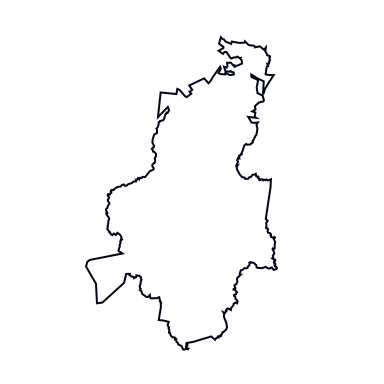 Mezquital, Durango, Mexico, rotated 8°
{"feature_id": "50627088B27978292872391", "entity_name": "Mezquital", "entity_type": "district", "adm_level": 2, "iso_a3": "MEX", "parent_name": "Mexico", "parent_adm1": "Durango", "projection": "robinson", "projection_center": [-104.475, 23.057], "detail": "fine", "context": "isolated", "style": "outline", "palette": "ink", "viewbox_px": 384, "rotation_deg": 8, "n_neighbors": 0, "source": "geoboundaries", "source_scale": "gbopen_adm2", "svg_char_len": 6054}
<svg xmlns="http://www.w3.org/2000/svg" viewBox="0 0 384 384"><g transform="rotate(8 192 192)"><path d="M251.8,75.2L256.6,64.8L252.1,65.5L248.5,65.2L248.5,58.3L248.9,57.2L249.9,56.8L248.6,54.5L250.3,54.2L250.1,53.5L250.5,52.7L250.2,51.5L250.9,50.5L250.0,48.7L250.5,47.4L249.9,46.4L248.8,46.5L247.1,45.8L246.8,44.6L245.1,42.7L245.0,38.7L243.5,41.1L238.8,38.3L234.2,40.0L233.5,38.6L227.7,38.6L223.4,35.4L223.1,36.9L217.9,37.8L210.5,37.5L210.2,39.9L204.4,38.4L202.3,36.4L200.9,36.3L199.1,34.7L198.1,41.3L203.0,44.1L203.1,45.0L198.7,48.5L203.5,50.9L204.7,48.8L206.6,48.5L211.7,54.2L212.8,54.1L214.7,52.9L216.9,52.6L218.0,51.6L220.2,52.6L221.4,52.4L221.1,53.1L222.9,54.8L223.7,57.8L216.7,62.1L216.5,60.6L215.0,60.8L212.6,58.6L208.8,59.1L209.6,62.5L209.1,64.0L206.3,63.5L208.4,67.9L211.5,67.7L213.3,66.9L213.4,67.5L216.7,67.8L217.0,69.9L213.4,70.9L209.1,69.7L208.4,69.8L208.4,71.0L203.5,71.2L201.7,70.6L203.4,66.0L202.4,64.1L196.4,75.7L195.0,79.4L193.2,82.0L188.2,77.8L174.4,86.9L178.0,90.8L175.6,93.1L177.6,94.7L173.6,98.8L171.7,98.1L165.6,92.7L163.1,91.9L162.9,97.2L147.1,97.8L147.9,122.6L156.2,111.2L157.9,114.3L156.9,117.0L155.9,116.9L155.6,118.2L154.9,118.5L154.2,123.6L153.5,124.9L150.3,126.3L150.1,127.2L149.4,127.4L149.5,129.9L149.0,132.7L148.0,134.2L148.6,134.9L149.1,138.5L146.7,140.2L145.7,145.0L145.9,148.5L148.1,151.8L148.0,153.0L147.1,153.4L146.2,155.0L147.2,155.8L147.8,157.4L149.2,157.6L151.0,159.2L151.3,161.5L150.4,163.9L151.2,166.1L151.1,167.6L150.9,168.5L150.1,168.8L148.9,170.5L149.2,172.1L150.8,173.7L150.6,175.2L147.4,177.2L143.5,183.7L140.9,183.9L140.3,185.1L139.3,185.0L138.2,185.9L138.0,186.6L137.3,185.5L136.6,185.7L135.9,187.5L134.6,187.6L135.2,189.3L132.3,189.9L131.4,191.4L127.7,193.2L126.2,194.8L124.5,195.2L123.4,194.0L121.6,194.8L120.6,196.5L117.4,197.4L114.6,199.9L114.1,201.0L112.5,201.0L111.5,201.7L111.5,202.7L112.1,202.9L112.2,204.1L111.5,204.2L110.9,206.1L109.3,205.8L108.9,206.4L109.0,207.4L110.2,208.3L110.7,209.3L109.6,211.6L110.6,213.4L111.6,214.1L111.8,215.2L110.5,217.7L110.4,219.6L109.3,220.8L109.3,221.7L111.2,224.7L110.9,225.4L110.2,225.1L110.3,225.9L113.5,229.3L113.7,230.9L113.2,232.0L113.5,236.5L113.0,237.3L113.6,238.6L113.2,240.0L113.4,240.8L114.7,241.6L115.3,243.0L116.6,243.3L116.7,244.2L117.9,245.3L119.0,245.8L120.4,244.0L122.6,245.2L123.8,242.8L126.8,244.4L128.7,247.1L128.2,248.5L129.2,248.9L127.7,250.9L128.4,252.2L127.7,254.3L128.1,255.6L127.3,260.2L127.8,260.8L131.7,262.6L100.2,273.5L98.1,275.7L97.4,280.5L109.7,296.2L113.4,315.4L118.7,313.9L137.4,291.4L138.2,282.3L141.7,281.7L141.7,282.9L142.2,282.8L143.7,284.1L146.1,284.2L146.5,285.4L148.6,284.1L148.5,282.2L151.4,282.4L153.3,283.5L153.4,284.8L154.3,285.8L153.7,287.5L153.9,290.7L153.2,292.3L154.0,294.4L154.6,294.8L153.9,296.3L155.5,297.1L157.0,299.9L161.5,302.3L163.0,302.1L164.6,299.8L165.5,302.7L166.7,303.0L172.0,302.0L174.1,300.7L174.6,301.3L174.9,302.9L175.6,303.9L175.5,304.6L176.2,304.9L176.2,305.8L176.9,306.2L176.6,307.2L177.2,309.7L176.9,323.5L180.2,323.2L187.0,323.8L186.4,327.2L187.2,328.5L188.0,329.1L187.7,330.2L188.7,331.5L188.8,334.5L189.7,334.4L191.0,337.2L192.8,338.5L195.0,338.4L195.4,338.7L195.6,340.3L196.8,339.7L197.4,342.4L199.0,343.4L199.7,345.0L203.0,345.9L205.3,349.3L206.6,349.1L207.7,348.0L209.7,348.4L210.2,347.6L209.0,347.5L208.0,345.9L207.5,345.9L207.6,345.4L208.7,344.9L208.9,344.1L208.3,343.3L207.6,343.4L207.5,342.4L214.4,340.1L231.1,332.4L235.4,335.1L236.3,333.3L236.2,333.7L236.6,333.0L237.9,332.7L237.5,332.3L237.7,331.9L238.2,332.4L238.8,331.9L238.9,330.1L239.2,330.9L240.4,331.0L240.9,330.5L240.5,329.4L241.4,328.7L241.8,326.6L242.6,326.3L244.9,323.6L245.5,321.1L244.2,316.9L241.0,311.2L240.8,309.2L241.1,308.0L240.5,307.9L239.8,306.8L240.7,307.2L242.1,306.1L242.8,304.9L242.2,304.7L242.6,303.2L243.7,302.3L246.9,303.4L246.8,301.8L248.8,298.2L248.9,296.7L250.4,295.4L252.1,296.0L252.3,293.8L251.0,292.3L250.0,291.9L249.3,289.5L248.3,289.2L247.9,288.2L249.8,287.0L249.8,286.2L250.6,285.1L248.2,282.9L246.7,282.9L246.8,282.1L248.2,281.7L248.4,281.2L247.0,279.0L247.2,278.0L248.7,277.3L248.6,276.6L249.5,274.9L248.6,271.9L249.0,270.4L251.9,267.0L250.8,267.0L250.6,266.3L251.2,262.8L252.7,262.3L254.1,260.3L256.7,259.9L257.7,259.2L257.7,258.1L259.1,256.2L259.1,255.0L258.6,254.0L259.8,253.3L261.3,253.8L262.0,253.3L263.9,254.0L264.4,254.8L265.5,255.3L266.4,256.8L266.3,257.5L267.2,258.0L271.9,257.7L275.4,255.8L277.0,256.8L279.2,257.1L281.5,255.7L283.8,257.8L286.5,256.5L286.6,255.3L285.8,254.3L284.7,254.2L284.2,253.6L284.6,252.6L284.4,251.3L284.0,251.0L283.5,251.4L282.8,249.9L283.0,249.2L284.0,248.6L283.8,247.5L282.8,247.6L280.7,246.5L281.7,245.9L280.9,243.8L282.1,241.4L281.2,239.4L279.7,237.5L279.8,236.6L281.4,236.7L281.7,236.2L281.1,231.5L281.4,230.0L279.5,227.2L280.5,225.6L279.7,225.0L278.5,225.9L276.6,225.6L276.4,224.4L275.8,224.1L276.2,223.2L276.0,222.7L274.9,221.8L273.1,221.8L272.3,220.4L272.5,218.3L271.9,217.6L270.4,217.5L270.2,216.7L270.6,215.8L269.8,212.5L270.9,210.0L268.8,208.5L269.1,176.2L268.4,168.4L266.2,169.8L265.3,169.9L264.2,169.2L263.0,170.1L262.3,169.7L260.7,170.6L260.3,169.6L258.8,169.8L258.1,170.7L257.3,170.9L256.8,170.5L256.8,169.4L255.5,168.9L255.6,168.1L255.1,168.1L255.0,167.5L253.5,167.6L252.6,165.1L251.8,166.0L249.6,166.5L248.4,168.8L246.8,169.3L245.7,171.1L242.7,171.6L242.0,170.4L239.6,170.3L236.6,167.7L233.4,163.3L232.8,160.9L233.2,160.0L232.4,160.6L232.1,160.0L233.2,156.6L233.3,155.3L232.4,154.5L232.4,153.3L233.0,152.8L232.8,151.8L233.5,151.3L234.1,151.7L233.6,149.5L234.7,149.1L234.7,148.6L236.0,147.7L235.5,146.9L235.9,146.4L237.4,138.5L238.9,136.9L239.7,137.5L243.3,136.8L244.0,135.5L245.4,134.5L244.9,132.9L245.6,132.1L247.0,127.6L247.8,126.5L248.0,120.4L246.5,116.4L247.6,113.9L243.9,114.9L241.3,114.9L237.2,109.8L245.3,109.6L243.6,108.7L243.7,104.4L240.5,103.8L243.4,101.4L242.3,98.3L245.9,94.0L250.0,92.4L250.5,91.2L248.6,86.8L243.1,84.9L241.5,79.4L241.9,72.7L240.9,71.6L235.0,69.9L234.4,68.5L234.9,67.9L234.6,68.2L234.4,67.4L241.3,70.5L247.6,72.4L248.7,84.8L249.3,84.0L249.9,80.0L251.8,75.2Z" fill="none" stroke="#020617" stroke-width="2"/></g></svg>